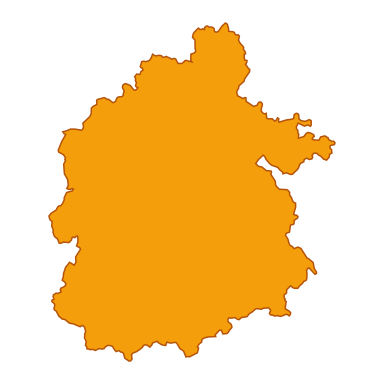 the district of Teófilo Otoni, Minas Gerais, Brazil
{"feature_id": "56859067B52692948196540", "entity_name": "Teófilo Otoni", "entity_type": "district", "adm_level": 2, "iso_a3": "BRA", "parent_name": "Brazil", "parent_adm1": "Minas Gerais", "projection": "albers", "projection_center": [-41.347, -17.686], "detail": "fine", "context": "isolated", "style": "filled", "palette": "amber", "viewbox_px": 384, "rotation_deg": 0, "n_neighbors": 0, "source": "geoboundaries", "source_scale": "gbopen_adm2", "svg_char_len": 5896}
<svg xmlns="http://www.w3.org/2000/svg" viewBox="0 0 384 384"><path d="M289.2,315.9L290.4,314.3L290.6,312.6L289.3,311.2L285.4,308.8L285.3,306.9L286.2,301.5L284.9,300.5L285.1,299.0L284.2,297.4L284.0,295.0L286.5,293.1L286.7,289.7L290.6,285.8L292.9,287.7L294.5,288.3L297.8,288.3L299.5,285.9L302.0,283.9L304.0,281.3L306.0,280.5L306.8,278.7L307.0,273.3L306.6,271.1L307.3,268.8L309.0,267.9L315.0,274.3L316.5,273.5L316.4,271.9L314.3,268.6L313.1,262.5L308.5,258.6L307.1,258.1L300.9,248.4L297.8,247.1L294.2,248.6L292.0,246.3L290.2,245.5L289.1,243.5L287.9,239.1L285.5,235.2L286.1,233.4L289.5,232.1L290.3,225.9L291.1,224.7L292.8,224.6L294.0,223.8L294.3,220.3L297.5,218.1L298.0,216.5L296.6,215.2L294.8,215.0L293.6,214.2L295.6,207.2L295.6,203.1L293.6,202.3L292.5,200.6L291.5,197.7L289.5,194.7L289.7,192.7L288.6,190.9L287.0,189.7L279.3,189.2L276.3,186.2L275.5,184.2L275.3,181.2L270.8,174.3L271.5,172.6L271.2,171.1L266.4,170.6L261.7,166.9L258.4,166.3L255.7,163.5L258.7,159.3L263.2,155.2L264.7,156.5L266.2,159.6L269.3,163.3L271.6,165.2L277.8,167.4L279.7,169.8L282.5,172.0L282.9,173.8L286.5,172.8L290.3,174.4L292.3,174.4L297.2,169.7L298.4,168.2L299.6,164.7L301.0,163.1L303.8,161.8L304.1,159.8L305.3,158.8L306.7,158.2L309.3,159.5L311.9,158.9L312.7,157.3L312.1,155.3L314.0,153.1L317.2,153.4L318.5,155.1L320.5,155.9L323.7,159.2L326.6,160.1L329.0,157.4L329.8,154.0L331.9,153.1L331.6,149.8L330.0,147.9L330.0,146.1L331.1,145.3L334.4,144.6L335.0,142.8L333.7,141.2L332.2,141.4L328.8,139.7L328.2,137.9L324.9,135.9L320.7,136.9L318.9,140.2L313.7,139.9L312.2,139.0L312.9,137.4L314.2,136.6L314.0,135.1L311.5,133.4L308.0,132.4L306.2,133.4L303.8,136.6L298.4,138.1L298.7,134.2L297.8,132.8L298.0,130.9L296.5,128.7L296.3,126.9L298.2,123.1L304.4,126.1L307.8,125.0L310.5,126.3L311.2,125.0L311.2,120.8L310.1,119.9L308.5,119.9L305.3,121.4L301.1,120.7L299.0,118.9L298.6,114.3L296.9,113.3L295.4,113.7L294.1,114.8L293.7,118.3L292.3,119.1L286.2,120.0L279.0,122.2L278.5,120.7L278.8,118.7L277.5,117.8L275.9,120.7L274.6,121.0L272.1,118.7L268.2,118.9L266.7,118.0L266.2,113.3L264.7,113.9L263.2,113.3L261.3,111.3L261.3,108.5L262.4,105.2L262.2,103.5L261.1,102.2L259.4,102.0L257.9,103.4L257.2,105.2L253.7,106.4L246.2,101.5L245.8,97.7L244.4,97.7L243.1,98.6L237.7,95.8L236.7,92.7L237.0,91.0L238.7,88.0L238.8,86.0L244.1,81.2L244.6,79.0L249.6,71.7L249.7,69.4L248.4,68.4L245.5,64.2L246.7,62.7L247.0,60.5L244.9,60.1L244.4,58.8L244.1,54.3L245.6,53.7L245.1,51.6L243.4,49.4L243.7,47.7L243.0,46.4L240.2,43.3L238.5,40.2L239.4,36.1L238.0,34.7L236.3,35.1L235.1,34.2L234.4,32.5L233.2,31.8L228.7,31.3L228.5,28.1L227.3,24.2L225.4,23.0L221.9,26.2L218.2,31.5L217.0,32.1L214.9,31.8L214.1,30.3L214.3,28.8L213.2,27.8L211.9,27.1L209.1,27.1L207.7,26.0L206.1,26.2L204.8,27.3L204.4,29.6L202.8,28.7L201.3,29.5L199.8,29.3L198.4,28.1L194.3,32.2L193.3,33.7L192.5,37.4L195.0,40.1L195.1,48.6L195.7,50.6L195.1,52.3L192.8,53.6L191.0,54.0L190.7,60.0L191.9,62.0L186.1,60.4L184.7,60.8L183.6,62.2L181.7,63.5L178.0,63.4L175.6,58.9L173.8,58.4L172.2,59.2L166.1,56.4L164.2,57.3L162.5,57.1L161.4,55.7L159.4,55.3L155.3,55.9L152.6,54.2L151.4,57.4L149.6,60.3L146.2,61.7L143.6,61.2L141.7,61.7L140.3,66.5L141.0,67.7L142.6,68.4L142.9,70.4L141.0,71.4L140.0,74.4L136.6,74.1L134.6,76.8L135.6,78.2L135.4,80.7L136.4,82.7L135.5,85.8L136.4,87.0L137.8,87.6L136.9,89.1L135.4,90.3L133.7,89.8L130.2,85.4L125.7,83.6L124.1,84.1L122.8,85.3L122.4,87.5L124.2,91.3L123.3,93.6L123.2,95.6L121.9,96.6L118.2,97.0L116.8,98.2L115.6,101.3L114.4,102.0L112.9,102.7L108.5,99.2L107.0,99.4L105.7,98.2L104.0,97.7L97.2,99.5L96.6,100.8L96.9,104.4L93.1,106.4L91.3,108.2L91.3,113.1L90.0,116.4L82.9,123.2L83.5,126.8L83.0,128.6L81.7,130.2L74.8,129.1L70.5,129.1L66.3,130.9L62.8,131.8L64.1,133.7L65.7,134.5L61.7,141.6L58.2,150.3L58.7,152.1L63.4,154.6L65.5,157.9L64.8,159.6L65.5,160.7L63.7,164.1L64.4,173.8L67.6,179.5L68.3,185.2L66.8,188.5L68.5,189.3L70.6,189.3L72.2,188.5L73.4,189.1L72.3,190.9L66.6,192.5L64.1,198.0L64.3,199.7L62.3,203.9L60.6,205.8L59.0,205.9L57.6,207.1L56.2,210.0L51.2,213.2L49.0,216.0L49.4,218.3L50.4,220.2L52.1,221.5L51.7,226.0L53.3,230.1L53.0,232.2L54.0,235.4L54.9,236.9L57.5,238.9L59.2,243.2L60.7,243.3L63.7,242.1L68.9,242.6L71.5,240.0L71.9,237.9L73.3,237.0L74.9,237.7L75.7,236.6L77.3,236.0L77.9,237.6L77.9,242.1L76.5,245.9L79.9,247.9L80.5,249.3L75.6,256.9L76.0,262.1L74.3,265.2L69.6,262.3L65.6,267.3L63.6,273.3L63.2,277.2L62.2,280.2L64.6,281.9L65.8,283.7L65.6,285.3L64.1,286.7L60.7,288.3L60.3,290.1L61.1,292.0L57.9,293.4L56.1,293.1L53.4,294.9L53.1,296.5L53.9,299.4L52.0,300.1L51.9,301.6L54.3,303.7L54.8,305.2L53.9,308.8L54.7,310.2L56.1,310.9L58.8,316.1L62.4,319.2L63.9,319.2L65.6,320.0L69.4,323.2L73.5,323.9L79.0,326.3L80.3,326.7L82.1,325.5L83.7,326.2L84.7,327.6L85.7,331.9L84.6,334.0L84.9,335.9L84.4,337.5L86.2,341.5L85.5,345.4L86.7,346.7L87.0,348.9L88.5,348.9L89.8,349.6L93.5,349.5L95.2,350.5L98.7,348.7L102.5,349.0L104.3,348.5L105.1,347.0L108.0,345.3L111.0,345.8L112.4,346.3L115.0,350.5L116.3,351.6L117.7,350.8L119.3,350.9L120.6,352.0L122.2,352.3L123.5,353.4L124.8,358.2L128.9,361.0L130.5,361.0L132.0,359.2L131.5,354.7L132.9,353.0L136.5,351.7L139.8,349.5L142.7,347.0L143.3,345.6L144.8,344.8L147.0,345.1L149.9,347.1L151.9,344.8L152.5,343.1L157.0,341.3L158.2,342.6L161.8,344.8L165.7,345.5L166.9,342.1L170.3,343.1L175.5,342.4L176.7,343.1L179.9,348.6L183.5,351.0L186.0,357.0L187.7,356.5L189.6,356.8L197.4,352.8L198.6,348.0L197.4,346.8L199.1,344.1L201.8,341.9L201.6,340.2L202.6,338.9L205.3,337.6L208.6,336.9L215.7,336.6L215.2,334.9L219.5,330.2L221.5,330.4L222.8,333.9L226.8,333.6L228.4,332.2L229.3,330.4L231.8,327.6L231.8,325.9L230.9,324.0L228.1,321.7L227.9,319.5L229.1,317.7L230.9,318.2L235.0,317.6L237.6,319.4L239.2,319.6L241.5,317.5L246.9,316.7L249.4,313.6L252.3,311.9L255.4,309.1L256.7,308.6L261.6,309.3L263.0,308.3L268.6,307.8L270.7,310.3L269.4,313.3L270.5,315.0L272.8,315.1L274.3,316.0L277.4,315.7L280.8,316.4L285.6,314.5L287.4,314.4L289.2,315.9Z" fill="#f59e0b" stroke="#b45309" stroke-width="1.5"/></svg>